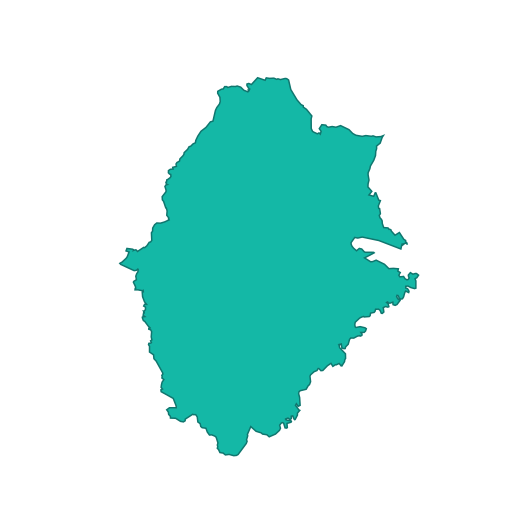 Chietla, Puebla, Mexico, rotated 225°
{"feature_id": "50627088B73270008594857", "entity_name": "Chietla", "entity_type": "district", "adm_level": 2, "iso_a3": "MEX", "parent_name": "Mexico", "parent_adm1": "Puebla", "projection": "mercator", "projection_center": [-98.633, 18.51], "detail": "fine", "context": "isolated", "style": "filled", "palette": "teal", "viewbox_px": 512, "rotation_deg": 225, "n_neighbors": 0, "source": "geoboundaries", "source_scale": "gbopen_adm2", "svg_char_len": 6130}
<svg xmlns="http://www.w3.org/2000/svg" viewBox="0 0 512 512"><g transform="rotate(225 256 256)"><path d="M127.5,357.4L130.1,357.1L131.0,356.3L132.2,354.1L135.1,353.4L134.8,350.2L133.3,349.1L132.2,348.9L131.8,347.0L132.4,345.9L134.5,345.3L137.2,345.9L139.5,343.0L141.4,343.4L142.3,346.3L145.0,345.6L146.3,347.6L150.1,344.4L153.1,341.0L159.3,341.0L168.1,338.0L169.5,334.6L170.8,333.0L177.9,331.4L174.7,341.8L175.4,341.8L181.3,336.0L182.3,335.5L186.2,335.7L188.3,334.4L188.6,330.8L192.5,330.5L195.1,330.8L197.0,331.6L198.2,332.6L199.3,338.9L196.7,340.7L194.3,344.5L180.1,353.8L158.5,363.4L160.6,366.7L160.1,367.0L159.9,368.4L160.7,368.2L158.9,371.4L157.0,371.1L158.9,372.0L160.2,371.8L161.2,372.8L163.2,372.3L171.2,374.0L172.4,369.0L177.9,369.3L179.1,369.9L180.5,369.4L180.8,368.9L182.5,369.2L185.8,366.4L189.7,368.3L191.6,370.0L193.2,370.6L195.4,370.7L197.6,371.9L197.9,373.8L198.5,374.3L202.1,376.9L202.9,376.4L204.9,377.9L207.2,383.1L208.7,382.3L215.9,385.4L216.4,385.0L215.0,381.4L219.3,379.0L219.8,383.6L225.7,384.0L227.8,386.3L229.8,389.6L234.2,392.7L235.6,394.2L237.2,398.2L238.7,400.5L240.4,406.9L242.5,411.5L245.4,414.8L246.6,417.2L248.5,419.0L248.0,423.6L250.7,429.2L251.1,431.1L252.1,428.8L255.3,425.1L258.2,423.7L259.1,422.2L263.5,418.8L265.5,415.7L270.8,412.0L274.3,411.0L279.6,411.1L288.4,408.0L290.5,403.6L293.7,401.4L295.8,398.3L297.4,397.6L299.2,397.9L302.3,395.4L301.3,390.8L298.1,390.2L296.7,387.6L298.5,387.6L299.0,385.8L302.8,384.4L304.1,384.1L307.1,385.2L314.0,392.0L315.5,394.5L324.1,395.4L327.8,394.7L328.9,395.7L331.2,394.9L337.5,395.4L349.1,398.3L357.4,403.5L359.7,403.1L360.9,402.2L363.5,398.0L365.8,396.8L366.2,395.6L369.1,394.4L372.1,391.1L374.7,389.2L373.8,386.7L380.9,383.2L380.5,374.0L383.1,372.9L384.0,371.2L382.9,370.1L379.5,369.4L378.5,369.6L377.9,368.1L378.8,367.9L377.8,367.0L377.8,366.3L381.8,364.6L386.2,364.6L389.5,362.9L390.4,361.3L393.3,358.6L395.1,355.2L396.4,355.1L397.9,353.6L397.3,351.0L398.4,349.5L399.5,345.4L398.2,344.0L393.7,342.7L390.5,339.9L389.3,337.6L388.7,333.3L387.7,330.4L381.8,320.9L383.1,318.6L382.3,311.6L383.1,305.3L381.9,299.6L380.3,295.1L378.9,293.2L379.8,290.8L379.8,287.4L380.6,286.0L379.8,283.1L379.9,278.3L378.8,276.8L378.5,275.0L378.5,271.0L377.2,269.0L378.0,266.2L377.6,264.5L375.6,263.1L377.6,259.8L376.1,258.9L377.9,256.7L378.3,254.5L376.8,252.9L375.1,252.8L374.0,253.4L372.4,252.1L372.1,250.7L372.7,246.8L373.3,247.3L371.5,244.9L371.8,244.4L370.4,243.6L369.2,243.9L369.9,242.7L369.6,240.8L366.2,239.0L365.1,237.8L364.3,231.6L361.9,229.5L360.0,229.3L353.8,226.2L353.4,226.5L351.9,225.7L350.7,225.0L347.9,221.7L344.4,221.2L344.1,220.3L343.0,220.1L344.7,215.5L346.8,211.6L349.5,209.2L349.8,206.4L348.8,202.7L346.7,200.4L346.4,198.5L340.7,193.3L340.5,191.3L341.2,190.2L340.4,186.1L340.6,183.2L341.5,182.7L343.0,175.4L344.8,175.6L345.6,175.1L346.5,173.4L346.6,173.9L348.0,173.6L352.6,170.1L351.5,167.7L348.6,169.1L346.5,164.3L346.2,162.5L346.4,157.0L347.1,154.5L345.7,154.4L331.8,159.5L330.5,161.2L330.3,163.2L329.8,163.2L328.3,161.3L327.8,159.0L326.7,156.7L323.8,154.7L324.5,151.5L324.2,150.8L320.0,149.3L318.2,148.1L318.4,147.5L317.6,146.5L315.4,148.7L311.7,151.2L311.5,151.9L310.3,151.0L310.9,150.0L307.4,147.0L302.5,144.8L299.2,144.4L300.6,143.0L300.0,141.2L298.0,141.7L296.3,140.0L296.1,137.9L296.6,137.5L295.1,137.1L294.8,136.8L295.3,136.4L293.8,134.2L291.8,134.5L293.2,132.6L292.8,132.0L290.0,130.7L288.4,131.1L282.3,130.2L280.4,130.3L280.7,129.1L280.0,128.4L279.2,128.8L278.9,129.5L276.3,128.7L272.9,124.7L270.3,123.1L270.6,121.5L268.7,120.8L268.9,119.8L270.0,118.5L269.3,117.3L267.5,116.9L263.4,112.8L258.6,113.7L255.5,111.2L252.3,111.1L239.7,107.5L238.4,106.7L238.2,105.0L236.8,104.2L236.3,103.2L233.8,103.5L233.2,100.4L231.8,98.1L230.2,96.0L228.0,95.8L228.6,94.1L227.1,93.0L213.8,96.8L206.4,93.5L205.1,92.3L209.9,87.5L210.4,84.1L207.7,83.7L205.7,82.2L203.2,82.1L201.9,80.9L198.1,84.4L192.4,85.7L190.0,87.4L189.6,89.4L190.7,90.6L188.8,99.4L188.0,99.6L186.5,101.2L183.8,100.7L179.7,97.5L177.0,98.0L174.5,96.4L172.7,96.5L169.6,98.8L166.0,97.1L162.3,96.5L160.9,98.2L157.8,99.5L156.1,99.7L150.7,96.9L149.7,95.0L148.1,94.1L147.5,92.7L145.5,92.6L142.5,91.5L139.9,93.4L137.0,93.7L134.7,96.7L130.5,99.1L128.8,101.2L128.3,103.0L130.3,116.5L131.3,118.7L132.7,119.3L134.7,123.0L135.9,123.7L139.1,131.7L132.0,132.1L127.3,134.6L125.5,134.7L121.9,137.3L118.8,137.5L116.3,143.9L116.1,149.3L116.9,151.5L119.7,153.1L120.0,155.9L119.5,156.9L118.2,157.3L113.9,155.0L112.7,155.9L112.5,156.8L115.7,159.5L113.7,163.2L114.0,164.1L114.9,164.2L117.7,162.0L119.4,161.3L119.9,161.7L118.8,164.0L116.7,164.5L116.1,165.3L116.1,166.1L117.8,167.6L117.0,168.9L113.8,167.6L112.9,167.6L112.7,168.1L114.2,172.8L115.6,174.2L115.9,177.8L116.8,177.5L122.5,178.3L123.0,180.1L119.9,179.6L119.2,181.6L125.1,186.8L128.5,188.8L129.6,190.3L129.5,192.0L126.3,197.2L127.4,201.4L127.2,202.8L128.5,205.7L132.8,209.1L133.4,210.6L133.1,215.3L131.9,218.1L132.5,220.4L131.9,220.9L129.0,220.8L127.8,222.3L127.9,229.0L127.1,233.1L123.6,232.3L123.0,235.2L122.3,235.8L121.2,238.8L118.2,238.5L118.2,239.2L117.6,239.2L118.7,243.9L119.9,245.5L120.2,246.9L123.6,250.1L132.0,250.3L134.1,251.6L133.9,252.4L134.6,252.3L133.5,254.1L130.2,251.7L128.2,252.7L127.5,253.6L128.4,255.2L128.4,258.8L130.9,263.2L131.0,265.0L128.8,267.1L127.6,271.1L126.3,273.1L125.7,273.0L125.4,273.5L125.0,274.7L125.8,275.8L127.8,276.1L125.5,278.5L125.5,280.4L126.6,282.6L128.2,282.3L132.4,279.7L134.8,276.1L135.7,276.0L137.5,277.2L139.0,279.3L138.8,285.4L138.1,287.6L137.1,289.4L136.4,289.4L133.1,293.3L133.1,294.5L134.6,296.6L132.6,299.6L132.7,301.0L133.8,302.9L131.7,305.1L129.9,305.3L126.9,304.1L126.1,304.7L126.0,306.8L129.5,309.5L128.7,311.8L126.6,313.1L126.2,314.1L128.7,315.6L130.8,315.5L130.4,316.6L129.3,316.3L127.9,317.4L126.6,320.1L124.7,318.5L122.7,319.5L122.0,321.4L122.7,326.4L125.5,326.0L127.9,326.7L128.5,327.9L127.6,328.5L125.0,327.6L123.2,327.8L122.2,329.3L122.7,331.4L124.9,335.3L125.4,337.0L122.2,338.1L122.7,339.1L123.8,339.6L125.8,340.0L127.5,339.2L128.7,340.5L127.3,342.2L124.3,343.1L120.8,345.1L120.2,346.3L125.3,351.4L127.5,352.4L126.9,354.4L127.5,357.4Z" fill="#14b8a6" stroke="#0f766e" stroke-width="1.5"/></g></svg>